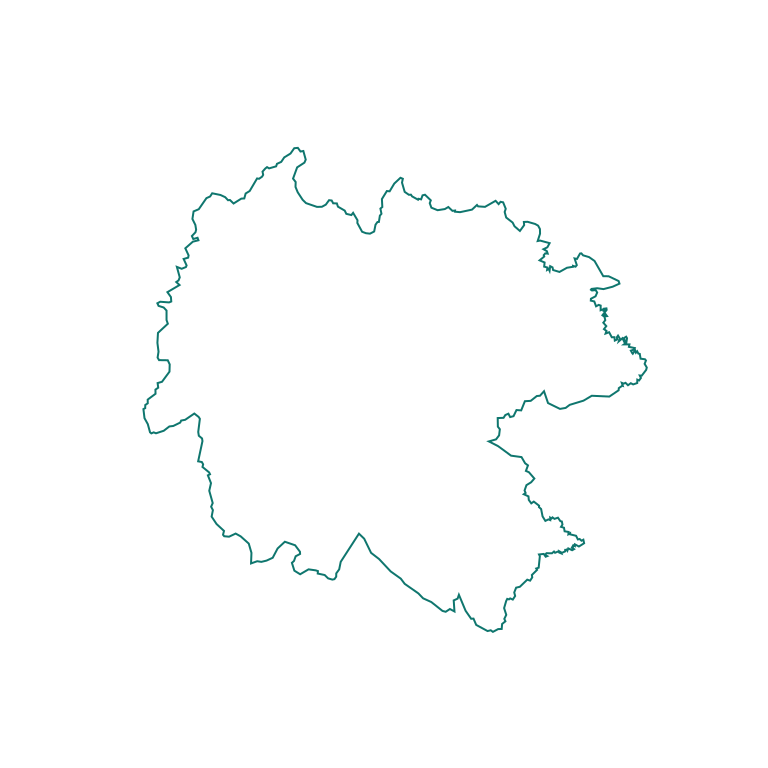 Bhamo, Kachin, Myanmar, rotated 126°
{"feature_id": "60261553B27046412343024", "entity_name": "Bhamo", "entity_type": "district", "adm_level": 2, "iso_a3": "MMR", "parent_name": "Myanmar", "parent_adm1": "Kachin", "projection": "orthographic", "projection_center": [97.111, 24.269], "detail": "fine", "context": "isolated", "style": "outline", "palette": "teal", "viewbox_px": 768, "rotation_deg": 126, "n_neighbors": 0, "source": "geoboundaries", "source_scale": "gbopen_adm2", "svg_char_len": 6166}
<svg xmlns="http://www.w3.org/2000/svg" viewBox="0 0 768 768"><g transform="rotate(126 384 384)"><path d="M526.6,193.3L518.1,200.4L514.4,198.3L510.5,199.5L519.5,184.7L522.7,175.5L521.2,173.7L524.7,167.8L523.0,155.0L520.5,152.9L520.5,150.2L515.2,147.6L513.0,144.8L508.7,147.4L504.6,146.3L503.3,148.6L498.9,149.4L494.7,155.1L487.8,157.6L485.4,158.0L484.8,156.3L483.3,155.9L482.7,153.1L478.4,153.3L476.1,156.1L471.1,157.4L468.2,154.9L458.1,153.1L457.2,150.2L453.3,150.4L451.6,152.1L444.4,150.9L443.8,152.4L441.7,150.9L431.7,156.7L430.8,158.4L427.6,154.9L428.7,151.7L427.3,150.8L427.6,153.3L425.4,153.1L422.2,148.6L419.6,148.0L420.0,146.4L416.8,144.5L417.4,143.3L416.9,141.2L416.2,142.7L416.0,140.8L413.0,139.1L411.7,139.9L410.9,138.8L410.4,139.9L411.2,137.6L408.7,138.3L407.9,134.1L405.9,133.2L406.0,135.8L404.1,136.0L404.6,135.3L403.0,135.5L402.9,134.3L401.5,135.2L400.9,130.8L395.2,128.5L392.8,131.2L394.7,132.1L394.4,134.6L395.8,135.8L393.9,139.4L396.2,145.0L395.3,145.7L397.2,146.5L395.2,147.7L397.0,151.3L394.5,153.9L395.5,156.8L392.8,157.0L390.7,159.3L391.3,160.7L389.9,164.7L392.9,166.8L392.9,169.3L394.4,169.4L394.4,171.0L396.4,169.5L396.9,171.4L399.9,173.0L397.9,177.9L392.8,183.4L392.5,186.3L391.3,187.0L391.1,193.7L394.0,194.7L392.7,198.7L390.0,201.1L391.0,206.1L388.9,205.4L387.5,207.7L382.1,209.3L377.0,207.2L372.1,206.8L370.2,214.9L370.9,218.1L365.2,219.7L365.2,223.2L362.3,229.8L367.3,239.1L367.2,255.1L368.8,265.4L362.9,260.8L357.9,260.7L352.5,263.7L351.6,266.8L344.7,272.0L341.1,267.4L337.8,267.6L334.9,265.9L336.6,262.5L333.9,260.3L327.2,261.5L324.7,257.5L315.1,259.9L311.4,255.4L303.9,253.3L301.8,250.9L295.8,250.3L303.0,240.1L300.7,227.0L296.6,223.0L291.7,221.5L280.2,212.8L271.4,209.0L261.7,194.3L251.2,190.5L249.3,191.6L245.6,190.3L245.5,191.2L245.1,189.8L243.3,192.3L242.8,190.3L241.1,189.3L241.6,185.9L238.3,184.8L237.9,182.2L234.4,179.7L231.6,181.6L231.2,179.7L228.1,179.7L226.8,182.1L225.8,180.4L218.5,180.2L216.2,181.1L214.5,185.0L211.0,185.9L210.6,187.4L212.7,191.3L209.3,194.8L209.9,196.1L208.7,198.4L210.6,198.6L209.1,200.7L213.3,200.5L213.1,201.4L211.9,203.9L208.9,201.8L207.5,202.2L210.0,207.7L207.7,208.7L210.9,213.1L208.2,212.2L204.1,214.3L203.4,215.9L205.9,216.9L207.9,213.8L208.9,214.0L206.8,218.0L211.4,219.1L208.6,220.0L207.3,223.1L209.3,223.1L210.9,221.5L213.2,222.8L210.7,225.1L212.3,227.2L209.8,232.3L212.9,234.4L210.3,235.2L210.3,238.3L206.5,238.2L205.5,242.6L202.3,242.5L199.8,245.4L198.0,243.5L197.1,246.3L200.0,246.5L200.0,247.7L193.2,247.4L192.1,248.5L193.6,250.1L194.7,248.8L195.8,249.5L195.0,250.8L197.0,252.1L193.2,254.8L193.8,256.8L196.5,258.1L193.6,262.4L195.0,265.7L193.4,266.7L188.7,264.4L184.7,265.3L183.6,268.0L186.1,270.7L186.1,272.0L185.1,272.0L181.2,267.8L178.2,262.2L170.9,256.2L164.4,252.5L162.8,254.7L164.8,265.6L167.9,270.0L160.7,286.0L160.8,292.7L162.9,298.6L162.3,301.1L163.2,302.1L169.4,301.4L170.4,303.6L174.5,297.9L176.5,298.0L177.3,300.5L178.0,299.9L182.4,304.3L190.2,307.9L192.4,314.2L190.6,316.2L191.0,318.8L195.1,316.6L194.1,318.4L195.8,319.1L193.7,320.2L194.9,323.4L191.3,325.5L192.5,330.8L186.7,329.3L185.9,330.5L183.5,330.3L182.3,328.2L180.8,330.3L181.2,334.2L177.4,332.2L172.7,332.8L176.2,342.0L178.0,343.7L170.7,346.1L167.0,348.9L165.3,352.4L165.7,355.8L168.4,363.2L170.7,366.1L173.1,364.0L180.3,364.0L179.7,371.1L177.8,374.8L177.5,383.0L173.9,387.5L170.7,388.5L167.0,394.4L168.1,396.8L171.1,397.0L170.2,401.4L181.3,406.4L185.0,412.3L184.5,414.0L191.2,415.3L200.3,423.5L202.9,427.9L201.9,428.5L203.7,430.4L203.0,436.0L206.7,437.6L211.9,442.8L213.5,449.3L210.8,453.3L207.9,454.1L206.8,462.1L208.7,463.7L212.8,462.5L213.9,465.0L214.9,464.8L215.7,471.6L215.0,473.5L216.3,475.1L216.4,480.2L210.5,487.8L206.9,489.4L207.5,491.9L215.8,493.5L224.8,492.7L226.2,495.1L235.6,494.4L241.8,489.4L244.2,490.0L247.8,486.1L250.2,486.3L255.9,483.4L256.8,484.5L260.1,484.5L266.4,481.6L270.6,483.7L272.6,487.2L273.7,491.2L269.4,500.2L267.1,501.7L263.7,509.6L266.5,509.7L268.5,514.5L266.8,517.7L267.6,525.5L265.6,528.3L267.7,531.3L266.3,534.2L267.6,536.5L273.1,536.5L277.1,538.4L280.1,542.3L283.5,553.4L282.8,558.1L279.6,566.5L276.6,571.4L272.5,574.2L271.3,578.3L259.8,581.6L251.7,578.5L248.5,579.2L242.9,586.2L245.0,588.2L243.6,592.5L246.0,595.2L252.5,595.1L259.3,597.9L264.7,597.7L268.8,600.0L271.3,599.2L277.1,603.7L277.3,606.1L279.5,606.7L283.6,607.1L285.8,604.7L287.9,604.5L291.4,605.7L292.3,607.5L306.8,606.1L311.2,607.9L316.0,606.1L317.9,608.4L326.4,611.8L325.7,616.8L327.0,618.2L326.2,622.3L327.2,627.4L330.7,635.1L334.5,634.9L338.0,636.9L351.5,636.6L356.3,639.5L363.1,636.0L366.2,630.1L369.6,626.7L372.1,625.7L377.2,626.4L378.8,623.5L375.3,620.8L376.8,618.6L381.2,622.3L391.0,624.5L394.8,617.7L396.9,616.7L400.6,619.6L404.1,613.4L405.8,613.0L409.7,615.4L411.0,620.4L417.8,611.9L421.0,611.1L423.6,612.0L424.1,607.6L437.0,613.2L438.9,607.5L442.3,604.6L444.3,605.8L449.0,613.4L451.9,614.8L453.3,612.3L451.6,607.2L452.4,603.1L460.1,597.5L462.3,594.3L475.5,596.9L483.9,591.5L490.4,585.4L495.7,582.7L496.9,580.0L491.9,572.9L494.1,568.9L500.1,564.8L512.7,564.9L516.3,567.7L519.7,564.5L522.9,565.6L526.2,563.1L535.5,566.0L538.5,563.8L541.3,564.8L543.9,563.0L545.7,563.9L552.4,557.7L555.3,551.5L560.6,544.9L560.7,543.2L558.5,541.9L557.9,539.5L551.3,534.7L544.5,532.7L541.8,529.8L535.0,526.2L532.8,526.6L529.8,523.8L519.4,520.1L519.6,514.6L520.4,512.5L532.0,506.1L534.7,503.4L535.0,499.2L536.9,497.3L555.8,488.9L554.2,485.5L555.3,483.1L557.8,482.1L558.3,473.5L559.3,471.7L561.4,472.8L565.9,465.7L573.1,462.6L581.0,452.6L584.9,451.7L586.6,448.3L592.6,445.5L595.7,437.2L596.9,427.1L600.6,425.6L601.1,423.8L598.6,419.6L592.2,416.1L591.5,410.4L592.6,399.6L598.5,392.0L607.3,386.1L601.9,382.4L600.0,378.7L595.9,375.2L590.0,371.9L579.6,373.4L569.9,371.5L566.7,361.1L569.1,353.4L570.8,352.0L575.3,354.2L580.1,352.8L582.8,353.4L587.7,346.8L587.2,340.0L578.3,336.1L574.9,329.7L574.2,327.5L576.3,326.2L573.4,319.7L574.1,315.0L572.6,310.8L571.0,309.4L568.0,309.4L565.3,311.3L560.3,311.3L553.3,314.5L519.8,316.3L520.8,309.1L528.2,295.2L528.5,285.1L531.7,268.4L531.6,256.0L533.5,249.8L533.2,233.1L534.4,226.4L532.6,217.6L533.2,203.3L532.0,200.2L527.3,198.4L526.6,193.3Z" fill="none" stroke="#0f766e" stroke-width="2"/></g></svg>